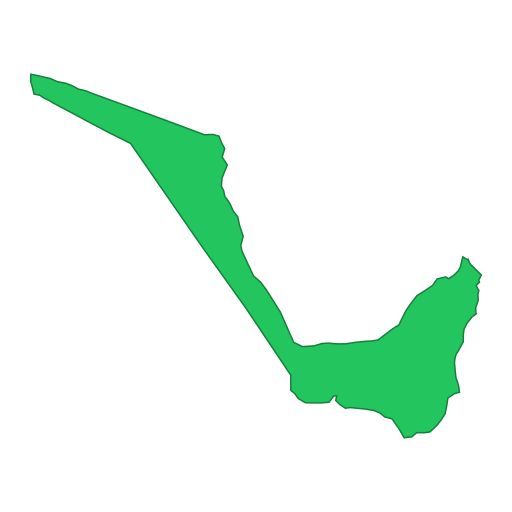 outline of Androlikou, Paphos, Cyprus
{"feature_id": "46923920B67350241832672", "entity_name": "Androlikou", "entity_type": "district", "adm_level": 2, "iso_a3": "CYP", "parent_name": "Cyprus", "parent_adm1": "Paphos", "projection": "equal_earth", "projection_center": [32.356, 35.027], "detail": "fine", "context": "isolated", "style": "filled", "palette": "green", "viewbox_px": 512, "rotation_deg": 0, "n_neighbors": 0, "source": "geoboundaries", "source_scale": "gbopen_adm2", "svg_char_len": 1828}
<svg xmlns="http://www.w3.org/2000/svg" viewBox="0 0 512 512"><path d="M462.8,256.8L460.4,267.0L458.2,270.9L453.9,275.2L448.6,278.7L445.9,276.9L437.2,278.9L432.5,285.5L424.2,291.1L417.0,295.6L410.3,304.2L406.1,310.4L402.4,317.7L399.0,324.8L393.0,328.6L383.0,336.1L378.2,339.9L371.5,341.0L365.7,341.3L355.5,342.3L345.7,343.8L337.5,343.9L328.4,343.1L322.0,343.5L314.0,345.9L302.4,346.6L293.8,342.4L290.4,334.9L280.3,312.0L266.8,290.5L260.8,282.3L253.5,275.9L248.7,265.6L244.4,256.4L241.8,250.4L240.8,245.4L243.2,236.3L239.4,224.9L237.8,216.9L233.2,211.0L230.6,205.1L228.4,201.2L224.8,196.4L223.6,190.5L221.4,186.4L222.0,178.1L227.3,164.9L222.2,157.1L224.7,148.6L221.4,142.4L219.0,136.1L212.7,134.4L204.5,134.8L167.5,121.0L91.1,93.0L85.7,90.8L78.4,89.1L72.1,85.7L65.6,83.2L57.2,81.6L50.8,78.7L38.6,75.8L30.8,74.2L30.7,81.4L32.8,88.9L34.0,93.8L34.0,94.1L39.6,95.2L44.6,98.4L48.6,100.2L53.2,103.0L106.7,131.5L130.6,143.5L199.6,243.2L203.9,249.3L246.0,308.3L290.8,375.2L290.8,390.4L294.7,393.5L298.3,398.5L305.2,402.7L311.2,402.9L321.1,402.9L329.0,402.3L333.7,396.0L336.7,395.9L335.7,400.5L339.5,404.2L345.3,408.2L350.3,407.6L357.6,408.3L365.7,409.1L374.2,410.6L380.1,413.1L384.7,416.9L392.1,418.9L395.4,423.8L398.7,428.3L404.2,437.8L408.9,437.2L411.7,436.9L416.6,432.7L424.9,432.7L430.0,431.9L433.5,428.6L437.4,424.8L441.4,419.6L445.1,413.8L446.6,406.5L447.9,398.0L454.6,393.5L459.5,392.3L458.4,384.9L455.9,377.5L455.3,371.8L454.5,363.1L454.9,358.7L456.0,354.6L459.2,349.4L463.3,341.8L463.3,334.8L464.1,329.1L466.8,323.6L469.1,320.7L471.9,317.0L476.3,313.8L475.9,313.0L475.7,307.5L478.2,300.4L477.9,294.1L478.9,290.5L477.9,289.1L476.2,285.4L479.5,282.2L478.7,280.0L480.2,277.3L481.3,274.9L476.6,270.4L473.8,267.5L470.8,264.7L469.2,262.1L468.1,259.2L467.4,259.7L462.8,256.8Z" fill="#22c55e" stroke="#15803d" stroke-width="1.5"/></svg>